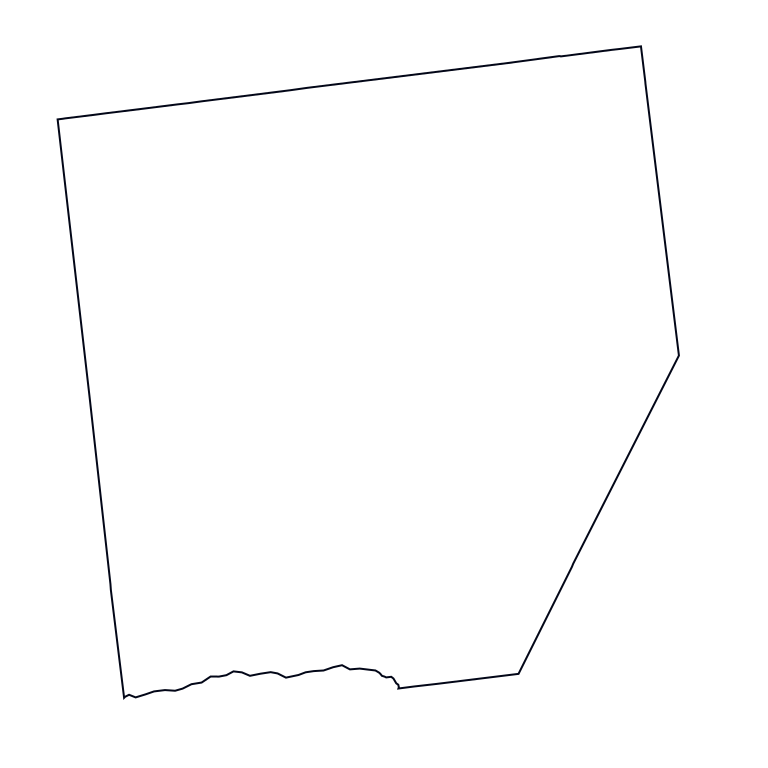 White Pine, Nevada, United States of America (Natural Earth projection), rotated 263°
{"feature_id": "52423323B32656881789588", "entity_name": "White Pine", "entity_type": "district", "adm_level": 2, "iso_a3": "USA", "parent_name": "United States of America", "parent_adm1": "Nevada", "projection": "natural_earth1", "projection_center": [-115.297, 39.403], "detail": "fine", "context": "isolated", "style": "outline", "palette": "ink", "viewbox_px": 768, "rotation_deg": 263, "n_neighbors": 0, "source": "geoboundaries", "source_scale": "gbopen_adm2", "svg_char_len": 1017}
<svg xmlns="http://www.w3.org/2000/svg" viewBox="0 0 768 768"><g transform="rotate(263 384 384)"><path d="M79.9,482.2L179.7,548.3L182.6,549.9L376.3,680.2L650.2,680.1L652.3,680.2L687.8,680.2L687.8,659.0L687.9,650.5L687.6,599.4L687.9,598.9L688.1,597.9L687.5,546.1L687.3,344.1L687.0,326.6L686.8,238.1L686.6,224.0L686.7,213.0L686.6,178.3L686.6,141.2L686.5,127.7L686.5,100.0L686.4,97.4L686.4,92.3L408.0,90.2L218.8,88.1L213.0,87.8L104.2,87.8L105.1,88.9L106.6,93.1L103.2,99.3L105.0,109.4L106.9,118.3L106.9,129.3L105.0,139.3L106.2,147.0L109.5,156.3L109.9,166.6L114.8,176.3L113.7,184.6L114.2,192.1L117.1,199.6L115.1,207.8L110.7,215.4L111.5,226.0L111.8,236.4L109.7,243.1L104.5,250.9L105.6,263.7L107.4,271.1L107.6,279.3L107.0,289.1L109.1,299.0L110.0,308.1L104.9,315.4L104.5,325.2L101.9,335.7L100.7,340.6L98.0,344.1L96.4,345.3L94.6,346.4L93.5,348.9L92.5,350.4L92.5,355.5L90.5,357.5L85.4,359.7L83.8,361.5L81.3,361.8L80.0,361.2L80.1,376.7L79.9,399.6L79.9,458.1L79.9,482.2Z" fill="none" stroke="#020617" stroke-width="2"/></g></svg>